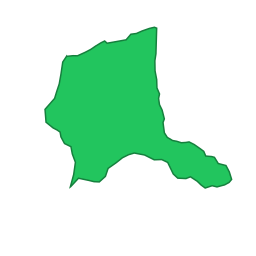 Mandria Pafou, Paphos, Cyprus, rotated 67°
{"feature_id": "46923920B21655614517489", "entity_name": "Mandria Pafou", "entity_type": "district", "adm_level": 2, "iso_a3": "CYP", "parent_name": "Cyprus", "parent_adm1": "Paphos", "projection": "robinson", "projection_center": [32.541, 34.713], "detail": "fine", "context": "isolated", "style": "filled", "palette": "green", "viewbox_px": 256, "rotation_deg": 67, "n_neighbors": 0, "source": "geoboundaries", "source_scale": "gbopen_adm2", "svg_char_len": 1208}
<svg xmlns="http://www.w3.org/2000/svg" viewBox="0 0 256 256"><g transform="rotate(67 128 128)"><path d="M37.9,156.4L41.8,162.3L52.3,168.7L60.6,174.1L66.5,179.3L72.1,184.0L78.4,197.1L90.7,201.2L98.7,196.9L102.2,194.0L105.2,192.1L110.0,193.2L117.5,192.5L122.9,187.8L130.2,189.4L139.0,189.8L149.5,196.1L159.7,204.1L159.6,203.7L154.9,193.2L160.8,184.7L164.1,180.3L166.4,175.5L163.7,167.7L157.4,162.1L155.3,152.3L153.2,144.7L152.8,137.8L153.5,132.0L159.3,123.3L167.5,116.3L170.2,109.3L175.2,104.9L188.0,104.3L193.6,101.8L197.2,94.4L197.2,93.6L197.3,89.6L204.0,85.1L209.0,83.0L213.4,80.4L214.0,73.1L217.0,69.1L217.8,63.2L218.1,61.3L217.6,56.2L215.8,52.7L209.9,52.1L207.9,51.9L200.8,52.5L196.0,58.8L188.8,59.9L188.7,60.0L187.0,62.1L184.2,67.4L179.1,67.4L175.5,69.5L169.1,73.5L164.7,77.2L163.9,80.4L162.4,84.7L159.3,88.3L156.9,91.9L152.0,95.5L146.6,96.4L136.6,93.6L133.8,91.0L124.9,89.6L118.8,89.9L112.7,88.3L109.0,85.7L102.4,85.7L94.7,82.7L86.0,80.8L76.6,77.0L70.6,73.3L47.3,62.6L45.6,64.3L44.7,69.4L44.2,77.2L44.3,83.3L42.8,88.7L46.1,95.3L41.8,114.1L38.8,115.5L39.0,119.5L39.9,125.6L41.1,131.5L41.6,137.9L41.8,146.3L40.0,150.3L38.1,156.4L37.9,156.4Z" fill="#22c55e" stroke="#15803d" stroke-width="1.5"/></g></svg>